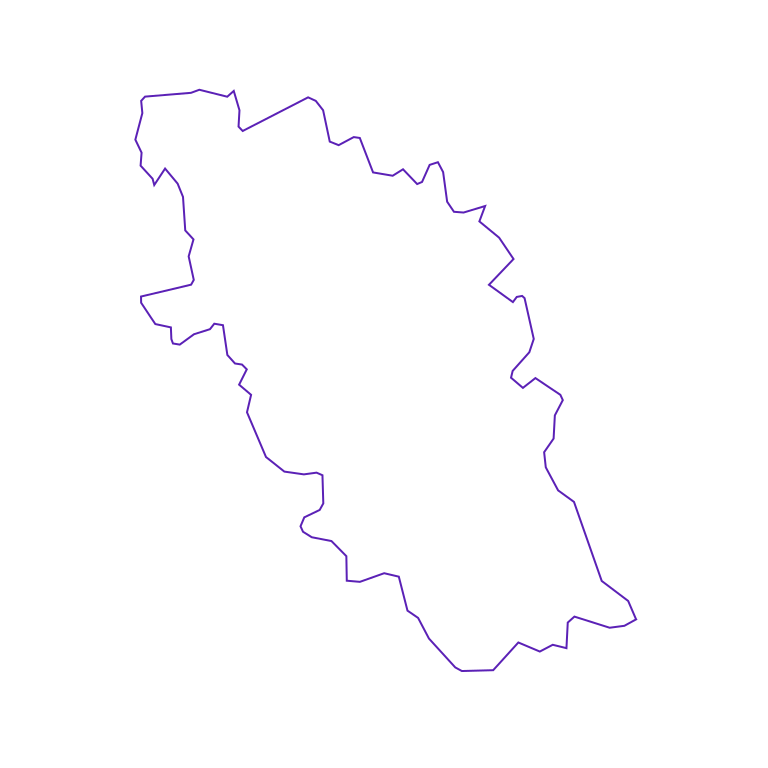 map outline of Northamptonshire (Mercator projection), rotated 101°
{"feature_id": "GBR-2749", "entity_name": "Northamptonshire", "entity_type": "Administrative County", "adm_level": 1, "iso_a3": "GBR", "parent_name": "United Kingdom", "parent_adm1": "", "projection": "mercator", "projection_center": [-0.87, 52.306], "detail": "fine", "context": "isolated", "style": "outline", "palette": "violet", "viewbox_px": 768, "rotation_deg": 101, "n_neighbors": 0, "source": "natural_earth", "source_scale": "10m", "svg_char_len": 1616}
<svg xmlns="http://www.w3.org/2000/svg" viewBox="0 0 768 768"><g transform="rotate(101 384 384)"><path d="M478.2,485.9L437.9,513.1L420.0,512.4L412.3,526.1L395.8,521.5L392.0,527.1L392.3,534.2L385.4,543.3L357.0,553.3L357.2,562.1L363.4,565.3L371.4,580.0L384.3,592.0L384.5,598.9L380.5,601.3L369.1,604.0L368.8,619.9L362.9,625.8L350.6,637.9L344.5,639.2L323.3,592.3L318.1,590.6L296.0,600.1L278.4,598.6L271.2,608.4L238.7,617.0L226.7,624.8L214.3,640.0L232.5,647.5L226.7,650.3L216.1,664.6L203.2,666.1L191.6,674.7L164.2,672.9L152.4,676.4L147.5,673.4L135.0,629.0L130.4,621.4L131.9,592.7L125.0,587.4L142.9,578.1L159.1,575.9L162.6,571.0L117.1,513.2L119.1,505.0L126.9,496.0L156.4,483.5L158.2,474.1L147.4,460.8L147.1,454.7L178.4,435.1L177.9,415.2L169.6,406.3L181.4,389.6L178.4,385.2L160.2,381.0L156.0,373.4L164.7,366.4L193.0,356.8L201.6,348.2L200.5,338.6L190.0,318.7L206.2,321.4L218.4,298.9L236.6,280.7L266.6,299.9L279.0,273.1L273.2,270.3L271.2,265.2L272.9,262.4L311.2,245.6L325.1,247.4L346.6,260.2L353.6,260.5L361.3,246.9L349.3,236.5L361.0,208.8L365.7,205.4L382.2,210.3L405.2,207.1L420.4,213.8L434.9,209.3L437.4,207.3L455.2,192.8L463.5,175.0L535.8,132.7L550.4,102.9L566.7,91.8L566.9,91.6L575.5,101.9L580.2,116.0L576.0,152.7L583.1,158.1L608.5,154.5L608.2,160.1L607.8,168.6L616.9,180.0L612.1,202.8L644.1,222.2L650.9,252.8L648.6,260.0L625.3,291.3L607.1,305.9L602.0,317.7L570.3,332.7L569.7,347.7L582.8,369.9L584.2,383.0L560.2,388.1L548.2,405.6L548.2,425.7L544.5,435.3L539.6,438.8L530.1,436.8L519.9,423.1L512.8,420.8L485.3,427.0L483.9,433.3L488.0,445.4L489.0,465.1L478.2,485.9Z" fill="none" stroke="#5b21b6" stroke-width="2"/></g></svg>